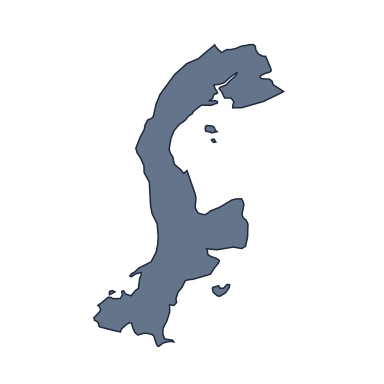 Panama, Mercator projection, rotated 284°
{"feature_id": "PAN", "entity_name": "Panama", "entity_type": "country or territory", "adm_level": 0, "iso_a3": "PAN", "parent_name": "North America", "parent_adm1": "", "projection": "mercator", "projection_center": [-80.239, 8.409], "detail": "fine", "context": "isolated", "style": "filled", "palette": "slate", "viewbox_px": 384, "rotation_deg": 284, "n_neighbors": 0, "source": "natural_earth", "source_scale": "50m", "svg_char_len": 3053}
<svg xmlns="http://www.w3.org/2000/svg" viewBox="0 0 384 384"><g transform="rotate(284 192 192)"><path d="M340.3,178.4L339.2,179.2L336.2,183.5L334.6,187.2L338.5,191.1L339.6,195.2L341.8,199.7L345.2,204.2L349.0,212.6L349.9,216.0L348.8,218.2L345.2,219.5L341.8,223.4L340.9,228.2L341.5,230.6L331.4,238.2L328.8,239.5L327.0,238.3L324.9,234.5L322.3,231.4L320.9,230.3L320.1,230.2L319.3,230.9L318.9,232.6L320.2,239.8L319.1,242.7L315.7,244.9L311.7,256.6L310.2,255.1L297.1,239.4L285.9,220.0L283.5,211.1L286.5,210.6L289.3,210.8L290.8,209.5L292.6,206.9L291.1,200.9L296.6,196.4L298.7,193.4L300.2,193.7L303.8,198.9L309.0,201.9L315.4,206.2L319.3,207.2L314.3,202.6L305.7,196.7L303.3,192.7L301.0,187.3L297.6,189.6L296.0,191.6L294.3,192.8L292.8,191.4L292.5,189.6L287.4,189.3L286.1,187.7L284.7,186.8L285.4,190.2L286.4,192.3L285.8,194.9L284.2,195.0L282.7,192.4L280.9,190.0L278.5,180.1L272.7,175.4L270.1,173.8L267.9,173.3L264.7,170.1L260.4,168.4L254.6,163.4L247.5,159.9L238.8,158.6L228.3,159.4L224.7,161.4L222.3,163.9L221.2,165.0L215.0,167.9L212.6,172.0L211.1,175.5L208.0,179.5L211.6,181.9L191.2,195.3L187.2,197.3L178.1,198.7L176.0,200.1L173.2,202.8L172.8,206.8L173.2,210.3L175.9,212.9L178.2,214.6L183.9,222.6L194.0,232.7L195.9,236.4L197.4,241.8L194.4,244.4L192.1,245.4L182.5,245.9L179.2,248.0L177.8,251.4L174.3,254.1L161.9,256.8L152.3,257.1L149.2,254.0L148.5,245.2L142.0,230.3L140.4,220.0L138.8,221.2L135.3,222.4L134.2,225.0L133.3,232.6L132.0,235.2L129.4,234.9L123.9,232.2L116.6,229.7L107.3,213.6L106.3,210.6L104.5,207.0L97.3,205.4L91.2,202.7L84.5,202.3L81.1,203.8L77.6,201.9L77.0,197.5L70.0,199.4L61.0,198.8L52.9,196.9L47.4,197.9L42.8,201.0L43.5,209.0L42.1,210.6L41.9,207.3L40.3,203.6L38.4,200.4L34.3,197.2L34.1,196.0L35.7,194.4L43.1,189.7L44.0,187.7L44.1,183.6L43.4,179.7L40.1,174.0L42.0,170.4L45.8,167.5L49.7,165.3L50.3,164.3L49.6,162.4L47.3,160.3L42.0,156.7L38.8,156.4L38.7,146.1L38.8,135.1L39.6,134.0L41.6,133.3L43.2,131.7L44.0,128.4L46.4,127.2L50.6,129.8L54.9,132.0L56.6,131.2L58.0,130.2L58.9,129.1L59.2,128.1L62.6,131.0L69.7,136.2L70.1,138.8L69.4,141.2L71.3,148.2L75.0,149.3L78.6,147.9L79.5,149.2L78.9,150.5L77.0,151.9L76.5,158.0L82.5,160.8L85.5,163.3L95.5,162.1L99.1,162.8L101.6,162.1L98.9,157.2L95.1,153.6L95.4,152.0L98.3,153.2L100.4,155.7L105.3,158.7L114.3,169.2L124.7,171.7L132.9,171.4L140.5,170.0L152.6,165.9L161.4,158.5L168.4,155.2L191.2,148.2L199.2,140.9L202.6,139.9L205.9,139.0L213.0,133.4L216.9,129.1L220.9,126.9L233.0,128.5L240.7,130.5L246.1,130.3L251.3,131.7L253.6,134.9L255.9,136.2L268.6,135.9L279.0,137.4L301.9,146.8L315.5,156.0L322.8,165.8L340.3,178.4ZM111.2,250.9L108.3,251.2L102.2,248.9L97.7,244.4L97.4,242.9L97.5,241.4L99.9,236.8L103.1,235.2L104.4,235.2L107.5,240.5L105.4,242.6L106.3,245.9L110.7,248.3L111.2,250.9ZM257.7,199.5L256.6,201.8L254.1,196.6L254.5,195.3L254.3,190.6L256.8,189.4L258.5,189.3L260.0,189.9L260.9,195.4L260.2,197.9L257.7,199.5ZM77.1,138.8L76.5,141.4L72.3,136.8L74.8,136.0L75.7,136.1L77.1,138.8ZM248.7,200.6L246.2,203.0L245.3,200.7L247.0,198.3L247.6,198.3L248.7,200.6Z" fill="#64748b" stroke="#1e293b" stroke-width="1.5"/></g></svg>